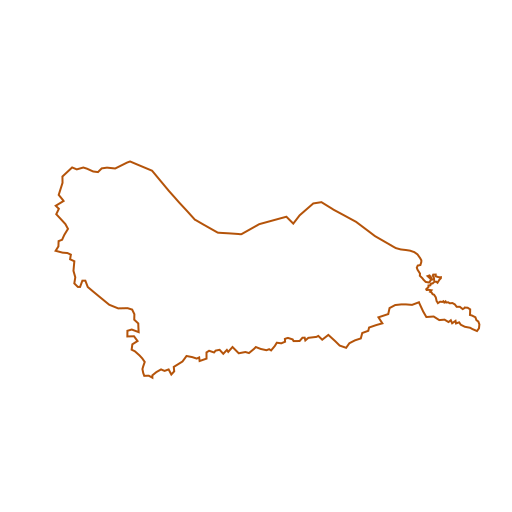 outline of Foya, Lofa, Liberia, rotated 250°
{"feature_id": "62588387B94896309973685", "entity_name": "Foya", "entity_type": "district", "adm_level": 2, "iso_a3": "LBR", "parent_name": "Liberia", "parent_adm1": "Lofa", "projection": "orthographic", "projection_center": [-10.242, 8.34], "detail": "fine", "context": "isolated", "style": "outline", "palette": "amber", "viewbox_px": 512, "rotation_deg": 250, "n_neighbors": 0, "source": "geoboundaries", "source_scale": "gbopen_adm2", "svg_char_len": 3733}
<svg xmlns="http://www.w3.org/2000/svg" viewBox="0 0 512 512"><g transform="rotate(250 256 256)"><path d="M109.9,438.0L111.8,440.8L115.3,442.5L118.4,442.5L120.3,441.2L123.4,441.2L125.0,439.7L126.2,438.6L127.4,436.9L130.5,438.2L132.6,439.0L135.0,437.2L136.1,434.7L135.9,434.6L135.4,432.1L137.5,430.8L138.5,430.2L139.6,427.2L142.5,426.3L144.6,424.5L145.3,421.9L146.8,420.7L147.2,418.8L148.5,418.6L147.9,417.0L149.4,416.6L149.1,415.4L150.1,413.4L149.5,410.8L151.1,410.5L151.9,410.3L155.6,410.8L158.7,410.1L159.7,408.9L161.7,408.5L162.8,407.4L163.8,409.1L165.1,406.8L165.7,404.7L166.6,404.6L167.8,407.4L169.3,408.0L168.8,409.8L170.2,411.0L169.8,412.6L170.8,414.8L170.2,416.6L168.8,417.4L170.9,420.1L171.9,422.1L172.8,422.5L172.9,422.1L173.6,420.4L175.5,417.9L177.1,418.5L177.9,416.2L177.1,415.4L174.4,415.7L172.7,415.2L173.9,413.3L176.3,413.1L178.4,412.4L178.4,410.4L174.9,412.2L173.6,412.2L171.9,409.5L173.6,406.6L176.6,405.2L178.1,404.8L180.8,403.5L181.4,403.2L183.4,404.1L187.9,403.1L190.0,403.1L191.7,404.7L191.3,407.4L193.7,409.2L194.3,409.5L195.4,409.9L197.9,409.5L202.3,408.3L205.6,406.0L206.2,405.2L208.4,402.5L208.6,402.1L210.2,399.2L212.7,394.2L215.4,390.4L215.6,390.1L217.8,388.2L227.6,380.0L234.0,374.6L239.6,371.0L253.9,361.7L256.7,359.2L264.5,352.3L273.0,344.7L274.6,343.5L279.4,339.7L284.2,335.9L285.8,327.8L280.0,312.7L279.3,310.9L276.1,305.9L273.7,302.1L282.5,298.0L283.1,290.9L283.3,288.5L283.8,282.3L284.7,271.3L284.8,269.9L283.5,262.0L281.5,249.8L281.9,248.5L282.6,247.2L286.6,238.2L289.0,232.6L290.8,228.5L291.1,228.0L303.0,217.8L309.1,212.7L310.4,211.6L311.0,211.0L321.6,206.7L332.5,202.1L345.2,197.1L346.9,196.4L365.6,189.7L366.5,189.4L371.7,187.5L381.2,177.2L387.9,170.0L387.9,166.9L387.2,160.8L386.4,153.6L390.0,146.2L391.1,141.0L388.9,136.2L391.1,131.9L395.9,127.0L398.2,124.0L398.7,117.2L402.1,113.5L396.9,101.3L390.9,99.2L380.9,91.5L374.3,93.8L373.5,94.0L371.7,85.0L367.8,86.9L363.6,82.6L357.0,85.4L351.2,87.8L345.8,88.6L341.5,83.2L339.3,81.0L337.6,79.4L337.5,75.6L332.6,73.6L329.4,69.5L325.3,75.4L323.3,79.8L320.6,82.5L317.8,80.9L316.5,80.2L313.2,83.5L304.5,79.4L303.2,79.3L297.8,78.9L292.4,75.9L287.9,78.0L287.1,80.1L292.2,84.4L291.2,87.2L284.4,87.3L278.5,90.7L271.7,94.7L260.4,101.4L253.9,108.6L250.9,117.5L248.0,121.3L242.9,121.8L237.8,119.8L232.9,122.3L228.9,121.0L224.6,119.7L229.4,114.1L229.7,109.6L224.4,107.6L222.3,113.9L216.6,115.6L215.3,109.6L210.5,107.1L208.2,109.3L207.9,109.6L202.5,112.5L198.7,114.1L194.5,115.2L190.8,112.2L188.6,110.6L184.6,110.0L181.6,110.0L180.2,114.3L177.1,117.0L179.3,117.8L181.0,122.7L181.9,128.0L180.9,129.0L179.3,130.8L179.3,135.1L173.6,135.9L175.6,139.7L179.9,140.8L180.8,145.1L182.0,150.8L184.1,154.0L185.8,156.5L182.8,161.5L179.9,165.2L180.1,167.9L176.6,167.1L176.5,174.4L182.3,176.5L183.0,179.5L179.7,183.6L180.3,184.7L180.9,185.7L180.3,189.7L175.3,191.8L177.7,196.5L175.4,197.1L178.5,202.8L170.5,206.5L169.4,213.2L167.2,216.2L169.4,222.4L170.5,224.7L169.0,226.4L167.0,228.7L163.9,233.6L163.9,236.5L162.1,237.9L165.0,242.9L167.4,245.9L165.3,249.9L165.5,254.0L168.2,254.8L168.2,256.4L168.1,258.0L165.1,261.9L163.2,262.2L161.2,267.9L163.3,271.7L162.6,273.8L159.8,273.5L161.2,277.2L159.3,285.2L159.6,287.2L154.7,289.6L155.0,290.5L157.1,297.0L148.9,301.3L143.2,304.0L138.9,309.3L142.1,313.9L142.5,317.0L142.9,320.3L142.7,326.3L147.3,329.5L147.3,335.9L150.1,337.8L150.0,344.5L149.9,346.4L149.5,351.7L156.5,350.1L156.2,360.4L161.4,363.7L162.3,370.0L160.9,375.7L159.3,380.2L156.7,385.9L156.8,393.3L156.0,393.3L146.7,394.1L140.4,395.2L138.6,401.5L138.3,402.3L133.1,406.3L131.7,411.4L128.1,414.3L129.0,417.1L125.7,417.3L126.8,421.3L124.2,420.9L124.2,424.2L121.4,424.9L118.1,428.0L115.3,432.7L113.4,434.3L109.9,438.0Z" fill="none" stroke="#b45309" stroke-width="2"/></g></svg>